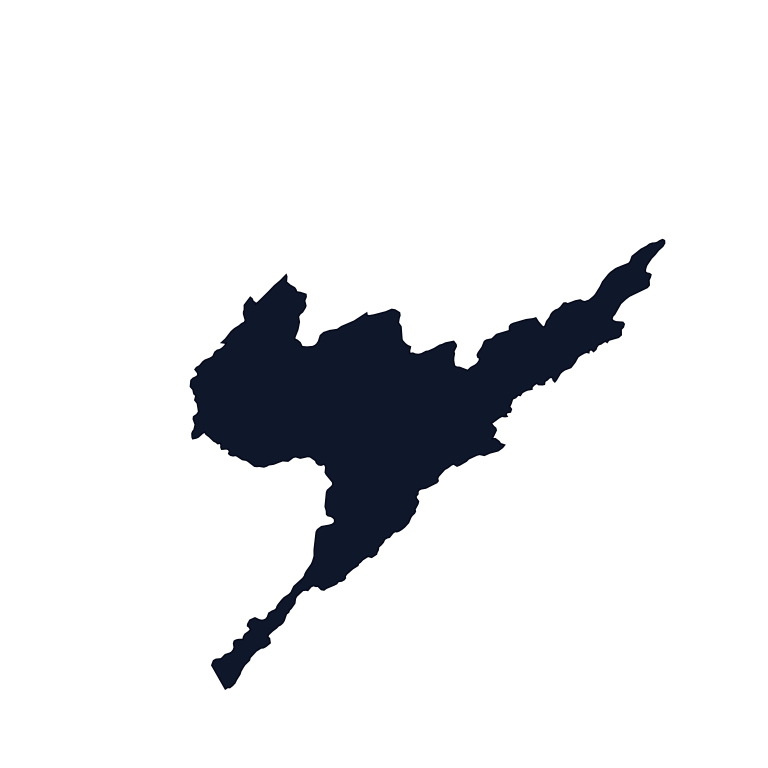 Porteirinha, Minas Gerais, Brazil (Equal Earth projection), rotated 233°
{"feature_id": "56859067B51035287448150", "entity_name": "Porteirinha", "entity_type": "district", "adm_level": 2, "iso_a3": "BRA", "parent_name": "Brazil", "parent_adm1": "Minas Gerais", "projection": "equal_earth", "projection_center": [-43.104, -15.747], "detail": "fine", "context": "isolated", "style": "filled", "palette": "ink", "viewbox_px": 768, "rotation_deg": 233, "n_neighbors": 0, "source": "geoboundaries", "source_scale": "gbopen_adm2", "svg_char_len": 6157}
<svg xmlns="http://www.w3.org/2000/svg" viewBox="0 0 768 768"><g transform="rotate(233 384 384)"><path d="M280.4,603.0L284.9,606.2L285.4,609.4L287.3,611.9L289.5,611.9L294.1,606.6L296.7,605.1L298.8,605.1L300.5,607.5L300.9,610.1L305.8,621.4L306.5,628.0L306.5,632.8L302.6,652.4L303.3,655.3L307.6,658.2L309.0,660.9L310.7,663.0L312.6,662.3L314.0,660.9L316.1,660.1L318.1,661.6L319.6,663.5L320.8,665.4L323.5,673.3L324.3,678.4L325.7,683.7L326.2,689.6L327.6,692.9L329.8,694.3L331.7,693.4L332.4,690.5L332.6,687.5L333.4,685.3L334.8,683.3L335.9,680.1L335.8,677.0L336.9,670.4L336.6,659.0L333.6,654.5L333.0,652.0L336.1,640.8L336.6,638.1L336.7,632.2L336.3,629.2L334.0,620.1L331.5,615.3L328.2,606.7L327.7,604.3L327.4,598.3L328.8,593.9L330.5,592.4L333.0,591.3L335.2,586.7L337.5,578.9L339.4,577.9L340.4,576.2L339.1,571.4L338.9,568.3L339.8,565.3L339.8,561.8L339.1,559.4L337.4,556.4L336.1,551.6L333.6,547.9L333.1,545.8L335.0,545.0L340.8,544.6L345.4,545.0L346.3,542.4L349.8,536.2L354.6,523.6L355.1,521.0L354.4,518.9L351.1,516.3L355.8,503.7L355.0,497.3L357.4,492.3L357.6,489.9L354.3,484.5L352.3,478.2L351.0,475.9L348.8,475.1L347.3,476.0L345.4,474.3L344.3,471.3L344.1,468.4L344.9,463.3L344.4,459.0L351.9,454.3L353.6,452.2L356.1,451.2L360.8,453.6L363.0,455.3L366.0,458.5L368.0,459.3L370.6,464.4L372.2,465.3L376.1,465.3L379.7,457.7L380.4,454.3L381.4,451.8L382.1,445.1L383.5,439.2L384.7,437.1L385.5,432.3L386.8,429.3L388.9,427.0L391.3,425.6L392.8,422.9L395.2,424.4L397.8,427.5L400.4,426.0L403.1,425.2L407.1,424.8L408.9,425.2L419.6,432.1L424.3,432.3L427.6,435.7L429.2,438.0L431.6,439.3L436.4,437.4L438.9,435.1L440.5,428.8L445.2,417.4L447.6,412.8L449.3,411.9L451.1,412.9L452.1,398.0L455.4,384.6L455.6,379.5L459.3,372.7L461.3,366.8L461.0,362.4L457.4,357.3L456.4,354.5L456.2,352.1L456.8,349.5L459.8,344.7L463.1,341.0L467.6,341.9L471.3,341.0L473.3,339.8L474.9,340.7L479.3,347.9L484.5,353.7L489.4,356.2L490.5,359.1L490.6,362.4L492.4,367.0L493.5,368.7L498.3,370.7L500.5,374.3L502.6,375.6L507.2,372.4L510.2,369.6L512.4,370.4L514.7,370.5L519.5,368.4L524.3,367.4L528.3,371.0L530.1,371.6L528.8,363.3L528.4,355.6L527.1,347.9L525.1,333.0L525.2,329.5L526.7,330.0L528.7,329.2L531.5,329.9L533.7,329.4L531.0,319.9L527.4,317.2L526.0,315.2L524.4,314.0L518.4,311.7L517.2,309.7L517.8,306.6L517.6,303.3L518.1,298.0L517.8,293.7L515.3,284.5L514.8,279.2L511.5,282.5L510.5,280.1L510.0,276.8L510.2,273.6L511.3,271.1L511.2,268.1L508.9,263.9L509.2,260.7L510.7,255.4L510.7,252.7L509.5,247.7L510.0,244.2L509.3,241.8L505.0,241.9L502.8,240.5L502.9,237.6L503.5,235.0L503.1,232.1L498.4,227.8L494.5,228.1L490.6,226.3L487.9,226.8L485.0,223.2L480.9,223.3L473.4,219.3L472.3,216.1L472.5,212.3L470.8,210.6L465.1,208.8L461.7,204.7L461.2,202.7L460.1,200.9L457.1,198.8L455.4,198.3L453.9,201.5L453.4,203.9L453.9,209.6L453.4,212.0L450.9,211.6L446.8,212.8L440.8,213.7L438.7,214.8L436.4,215.3L435.1,217.8L433.3,217.1L431.5,215.6L429.6,215.1L427.0,219.2L425.3,220.4L423.2,220.1L421.8,218.0L419.6,218.5L417.5,220.2L416.5,222.2L415.2,223.2L408.9,225.4L406.1,228.1L404.3,228.9L396.3,231.1L394.6,232.9L393.5,234.8L390.0,238.2L389.1,241.0L388.9,243.2L386.5,247.5L383.8,256.8L380.1,261.0L380.1,267.4L379.0,269.8L375.2,272.5L372.1,279.3L370.4,281.2L364.0,283.3L361.6,282.6L358.9,283.1L357.0,284.9L356.1,287.8L354.5,288.1L352.5,287.4L348.7,283.9L346.5,283.5L336.7,283.9L334.6,282.9L333.7,280.7L333.2,274.8L332.0,272.9L321.4,263.2L317.3,261.7L314.4,259.7L312.5,260.0L310.3,262.0L307.9,262.9L305.7,263.1L303.2,261.3L303.0,258.2L304.1,255.2L307.7,248.2L307.7,243.2L306.6,240.8L293.5,228.4L288.5,224.7L285.3,220.4L283.7,217.6L281.1,209.5L279.8,206.7L278.5,205.0L277.6,202.2L276.5,190.2L273.4,184.3L273.0,181.6L273.4,175.5L272.9,172.4L271.5,166.8L270.6,164.6L269.4,163.2L269.1,161.0L269.9,157.9L270.3,154.1L268.0,150.7L267.3,148.1L267.9,145.6L269.0,143.8L271.0,142.2L274.9,140.2L276.1,134.7L274.2,130.6L272.9,129.4L271.0,130.0L268.1,129.6L267.7,126.9L267.8,122.3L266.7,119.8L264.8,117.7L267.4,114.1L268.4,112.0L268.8,109.7L267.3,107.7L263.8,105.9L262.2,103.5L261.5,100.7L261.9,98.5L263.4,94.3L262.5,88.6L265.3,84.0L265.6,81.3L263.0,77.2L235.9,73.7L235.8,76.4L234.3,78.2L234.4,81.7L235.0,85.1L236.6,88.1L238.9,94.2L240.7,96.7L242.7,101.3L243.6,104.0L244.4,110.2L246.1,112.4L247.2,118.6L247.7,121.4L247.2,126.8L245.9,129.0L245.5,131.7L245.7,137.2L249.7,139.4L251.9,138.9L253.3,140.7L253.9,146.4L253.9,151.4L254.4,154.1L253.9,156.4L254.2,159.4L255.2,161.9L259.1,167.6L259.1,170.4L260.4,172.4L260.7,174.9L262.6,180.8L265.9,184.0L267.1,186.4L268.0,195.0L266.5,197.6L265.0,198.9L266.1,203.9L265.4,206.4L263.4,207.8L262.2,209.6L257.6,210.2L255.6,212.0L255.6,215.0L253.5,223.2L253.0,226.0L253.8,228.6L252.1,231.6L251.7,234.4L252.3,236.4L253.8,237.2L254.7,239.7L255.3,247.7L254.8,254.0L256.0,255.5L255.9,257.9L256.5,261.1L256.0,267.5L253.0,269.8L252.6,275.5L253.7,276.9L255.0,279.6L257.1,281.5L257.3,284.7L258.0,288.0L259.6,291.0L259.3,293.9L258.3,296.1L259.7,301.5L259.6,304.0L258.3,305.3L257.6,307.4L257.3,310.4L257.4,314.2L258.5,320.1L261.4,325.1L262.2,327.6L262.5,330.6L263.4,332.4L265.2,333.2L267.9,339.0L269.5,340.9L273.4,341.0L275.1,342.0L275.7,344.9L277.3,346.0L278.3,347.6L278.0,350.3L275.7,354.9L273.5,366.8L274.0,368.9L276.2,369.8L277.5,371.9L279.3,381.0L278.8,384.4L278.8,389.3L278.2,391.5L274.5,392.9L273.7,396.0L272.8,403.4L273.3,406.4L271.4,415.3L270.3,418.0L266.6,421.2L265.3,426.9L262.0,435.0L261.9,440.4L262.7,443.6L266.3,441.1L268.8,441.3L273.3,440.0L275.2,437.4L279.5,445.8L281.6,446.6L284.0,446.0L287.9,445.9L287.8,455.5L287.3,458.7L285.1,461.0L284.1,462.8L286.2,463.0L287.2,465.0L285.5,468.1L287.2,470.6L290.3,470.6L291.9,473.7L294.7,477.6L293.9,481.0L294.5,484.5L292.8,486.0L294.0,489.2L293.6,492.2L292.9,495.0L290.8,499.0L292.4,500.2L292.9,503.2L292.7,506.6L290.6,507.0L288.1,510.0L287.2,511.9L289.3,514.0L289.0,517.0L289.4,519.2L289.0,521.5L287.2,522.3L285.0,521.4L282.9,521.7L283.5,524.1L286.4,531.1L286.7,533.6L286.6,536.8L284.7,543.2L286.5,549.8L288.9,555.0L288.9,557.5L288.3,562.4L287.4,565.1L285.7,566.3L287.5,568.3L286.3,570.5L283.8,570.9L284.1,574.0L285.6,576.3L286.3,578.9L285.4,581.4L285.3,584.7L284.8,586.7L282.9,587.3L283.8,589.8L280.1,599.4L280.4,603.0Z" fill="#0f172a" stroke="#020617" stroke-width="1.5"/></g></svg>